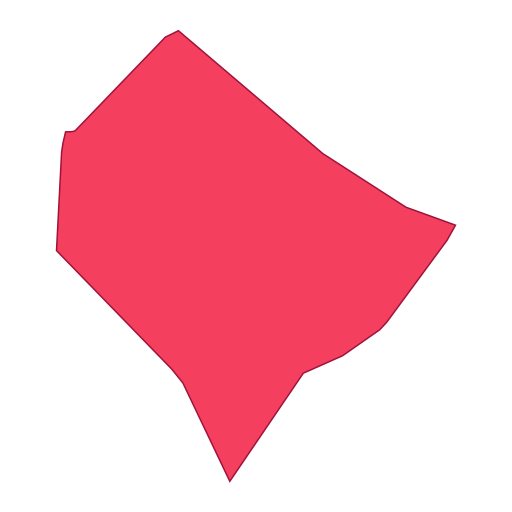 Saint John, Robinson projection
{"feature_id": "BRB-1993", "entity_name": "Saint John", "entity_type": "Parish", "adm_level": 1, "iso_a3": "BRB", "parent_name": "Barbados", "parent_adm1": "", "projection": "robinson", "projection_center": [-59.511, 13.182], "detail": "fine", "context": "isolated", "style": "filled", "palette": "rose", "viewbox_px": 512, "rotation_deg": 0, "n_neighbors": 0, "source": "natural_earth", "source_scale": "10m", "svg_char_len": 374}
<svg xmlns="http://www.w3.org/2000/svg" viewBox="0 0 512 512"><path d="M178.4,30.7L322.8,153.6L406.1,207.3L455.5,225.2L447.1,240.2L386.9,322.0L379.8,329.7L342.6,355.7L303.3,373.2L229.8,481.3L182.9,383.0L171.9,369.3L56.5,250.6L61.6,152.2L62.9,143.5L65.6,131.8L70.4,131.8L72.7,131.5L75.1,130.8L165.4,37.1L178.4,30.7Z" fill="#f43f5e" stroke="#9f1239" stroke-width="1.5"/></svg>